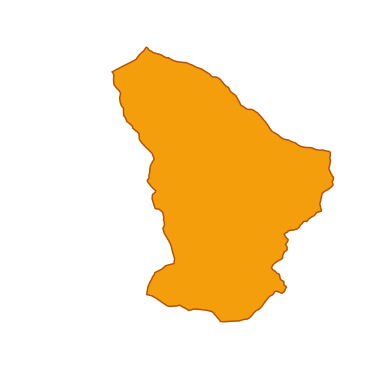 outline of Goenkhame, Gasa, Bhutan, rotated 301°
{"feature_id": "84629894B91389840528768", "entity_name": "Goenkhame", "entity_type": "district", "adm_level": 2, "iso_a3": "BTN", "parent_name": "Bhutan", "parent_adm1": "Gasa", "projection": "equal_earth", "projection_center": [89.685, 27.795], "detail": "fine", "context": "isolated", "style": "filled", "palette": "amber", "viewbox_px": 384, "rotation_deg": 301, "n_neighbors": 0, "source": "geoboundaries", "source_scale": "gbopen_adm2", "svg_char_len": 5783}
<svg xmlns="http://www.w3.org/2000/svg" viewBox="0 0 384 384"><g transform="rotate(301 192 192)"><path d="M292.5,78.3L291.2,78.0L288.8,78.1L284.2,76.6L281.4,76.0L278.2,75.8L276.7,75.7L274.2,74.2L273.4,73.7L269.9,71.6L263.8,67.6L259.6,65.2L256.4,63.2L253.8,61.7L252.9,63.7L251.1,65.4L248.5,66.5L247.0,67.5L243.7,70.0L242.0,74.6L241.4,77.3L240.0,79.8L237.8,80.7L235.3,81.5L232.4,83.9L231.4,84.9L229.6,87.1L228.6,90.0L226.0,91.5L223.4,93.6L222.3,94.0L221.6,96.3L220.1,98.4L218.9,99.7L218.5,103.3L217.7,106.6L217.2,107.6L216.2,108.1L215.6,111.6L215.3,114.1L215.0,115.9L214.3,116.8L213.1,117.6L211.6,118.5L209.9,120.0L208.8,122.3L207.9,124.7L206.7,129.1L205.5,134.2L204.6,137.7L204.1,138.5L202.6,140.3L200.9,142.5L199.4,142.6L197.2,142.6L195.2,142.7L194.2,142.8L192.6,143.0L192.0,143.2L186.2,145.9L184.4,146.4L181.6,148.0L178.8,147.7L177.9,148.8L175.7,154.2L174.8,157.9L174.4,160.2L172.7,160.7L170.5,159.7L169.1,159.6L165.7,161.2L161.1,166.3L158.8,169.0L159.8,171.6L160.3,172.6L159.5,177.4L158.9,178.0L157.4,179.3L155.9,180.8L153.5,181.9L151.9,183.8L151.3,184.1L149.6,185.3L148.6,185.6L147.5,185.8L146.5,185.7L145.8,185.8L143.7,188.1L142.2,189.7L141.5,191.1L140.1,193.7L139.0,195.8L138.3,197.1L137.1,199.0L136.1,200.6L135.2,201.6L133.7,203.2L131.2,205.6L128.7,208.3L127.0,210.3L126.0,211.3L124.8,211.9L122.7,212.8L121.5,213.4L119.7,211.7L117.3,209.4L115.1,207.3L114.1,207.0L113.3,206.8L111.9,206.4L110.9,206.1L110.2,205.8L108.8,204.9L106.6,203.5L103.8,201.7L102.1,202.2L99.8,202.0L97.8,202.1L95.6,202.4L92.6,202.4L87.7,203.2L83.3,204.9L80.8,206.0L82.4,211.4L82.5,216.1L82.2,219.8L81.9,225.3L81.7,229.3L82.1,231.0L83.4,233.4L85.4,236.0L86.6,237.9L88.3,239.3L88.9,241.3L88.6,243.5L88.9,246.4L89.0,249.0L88.6,249.9L88.8,250.5L89.4,250.9L92.7,254.0L94.6,257.6L97.4,263.7L98.7,266.9L99.6,270.4L99.7,272.4L99.0,273.7L98.5,275.5L97.5,278.2L97.1,279.6L95.7,283.2L97.2,286.2L100.3,290.6L106.0,299.0L109.9,302.5L111.6,304.9L113.6,306.0L117.1,306.9L120.4,307.3L123.4,308.2L126.9,310.2L130.4,310.9L134.7,311.1L139.4,311.7L141.9,312.0L143.3,312.7L145.1,313.9L146.1,314.2L147.6,314.3L149.0,314.3L149.7,314.6L150.5,315.6L151.0,317.9L151.5,321.2L153.6,322.2L155.7,322.3L156.2,322.1L157.8,321.9L159.0,322.0L159.5,321.3L159.5,319.9L159.8,318.8L160.4,318.3L162.6,316.8L162.6,315.1L162.6,313.1L164.0,311.4L165.9,309.9L166.4,308.9L166.4,308.0L166.1,307.0L166.5,305.5L167.1,303.4L166.8,301.9L167.9,299.2L169.4,299.0L171.7,299.0L172.9,299.4L175.7,300.5L177.7,301.4L179.6,302.8L181.7,303.8L184.6,302.4L186.9,302.1L188.7,302.1L189.9,302.9L191.5,303.3L193.5,302.1L194.3,300.9L195.3,299.1L198.2,299.4L199.4,299.4L200.8,298.8L201.0,297.5L201.3,296.6L202.4,294.1L203.4,292.8L205.5,293.5L206.7,294.4L208.4,294.6L208.9,295.2L210.6,296.8L211.6,298.5L214.1,300.9L216.9,302.0L219.6,302.0L221.8,302.7L222.9,302.7L224.3,302.9L225.6,304.6L225.7,305.5L229.3,306.1L232.0,307.3L234.8,309.0L238.6,309.4L240.2,310.9L242.3,312.7L243.0,312.4L243.5,311.9L243.8,311.3L244.2,310.9L245.0,310.2L245.8,309.5L246.7,308.6L247.2,308.1L247.7,307.7L248.5,307.3L249.3,307.2L250.4,307.0L250.8,306.7L251.4,306.6L252.7,306.0L253.9,305.6L255.0,305.4L256.5,304.7L257.2,304.5L258.2,304.5L258.8,304.7L259.5,304.8L260.7,305.4L262.5,306.2L263.2,306.8L264.0,307.2L264.8,307.7L265.4,307.8L266.3,308.2L267.4,308.5L267.9,308.7L269.2,309.1L270.1,309.3L271.0,309.1L271.7,308.4L272.2,307.7L272.7,307.3L273.2,306.9L273.6,306.8L274.2,306.9L274.7,306.9L275.2,306.7L275.8,306.6L276.3,306.4L277.4,305.7L277.7,305.1L277.8,304.2L278.2,303.7L278.8,302.7L279.3,301.8L279.7,301.3L280.4,300.2L281.0,299.5L281.5,298.4L282.0,298.0L282.4,297.4L282.9,297.0L284.0,296.7L285.1,296.6L285.6,296.3L286.9,295.9L288.0,295.4L288.8,295.0L289.6,294.8L290.3,294.4L290.8,294.0L291.5,293.1L291.9,292.6L292.7,292.4L293.5,292.1L294.4,291.9L295.1,291.4L295.7,291.0L296.8,290.4L297.4,289.5L297.4,288.4L296.5,286.5L296.2,285.4L295.9,284.3L295.6,283.6L295.4,282.8L295.2,282.1L294.7,281.5L294.3,281.0L293.8,280.2L293.4,279.4L293.1,278.8L292.9,278.2L292.5,277.3L292.2,276.0L292.0,275.1L291.9,274.1L291.7,272.8L291.7,272.2L291.0,270.7L290.6,270.1L290.3,269.2L289.1,267.1L288.0,264.6L287.5,263.2L287.3,262.2L287.0,261.0L286.9,258.3L287.1,257.4L287.2,256.2L287.3,255.0L287.1,254.2L286.7,253.1L286.5,252.2L286.5,250.9L286.3,249.9L286.3,248.6L286.2,247.7L285.3,245.7L284.8,244.2L284.7,243.5L284.6,242.4L284.6,240.6L284.7,239.2L284.9,237.9L285.2,236.6L285.3,234.5L285.3,233.1L285.2,231.2L285.3,229.4L285.8,227.7L286.4,226.1L286.8,225.4L287.4,224.4L288.8,221.6L289.4,219.9L289.8,219.3L290.6,216.6L291.4,214.5L291.9,213.2L292.3,211.7L292.8,210.3L293.5,207.7L293.6,205.5L293.7,203.6L293.7,202.0L293.4,200.4L292.9,199.4L292.3,198.5L291.5,197.1L291.3,196.3L291.3,195.3L291.6,193.7L291.7,192.5L291.7,191.6L291.5,190.6L291.6,189.6L291.8,188.8L292.5,187.7L293.0,187.1L293.9,185.8L294.4,184.6L295.9,182.2L296.4,181.2L296.9,180.6L297.2,179.4L297.4,178.3L297.5,176.7L297.7,175.3L297.8,174.0L298.2,172.7L299.1,171.3L299.9,170.2L300.4,169.1L300.3,168.0L300.3,167.4L300.3,166.1L300.7,165.2L300.9,164.0L301.6,162.4L302.4,160.1L303.0,158.7L303.2,157.5L303.2,154.8L302.9,153.5L302.5,152.4L301.8,151.6L301.3,150.8L301.2,150.2L301.3,149.3L301.5,148.4L301.9,147.1L302.2,145.9L302.1,144.8L302.2,143.4L302.2,141.4L302.2,140.0L302.3,138.7L302.3,137.5L302.4,136.7L302.0,135.4L301.7,133.6L301.3,132.1L301.1,130.4L301.0,127.5L300.8,126.0L300.6,125.3L300.4,124.3L300.3,123.5L300.1,121.9L299.9,120.4L299.5,119.4L299.0,118.9L298.6,118.0L298.0,116.4L296.8,113.9L295.9,111.6L295.2,108.7L295.0,107.3L294.9,104.7L295.0,104.1L295.0,102.9L294.6,102.1L294.2,101.3L293.9,100.6L293.7,99.5L293.6,97.1L293.7,95.0L293.4,93.6L293.2,92.8L292.7,91.4L292.2,89.4L291.9,88.8L291.7,87.6L291.4,86.5L291.7,85.4L291.7,84.7L291.6,84.0L291.5,83.0L291.5,82.1L292.4,80.2L292.6,79.6L292.5,78.3Z" fill="#f59e0b" stroke="#b45309" stroke-width="1.5"/></g></svg>